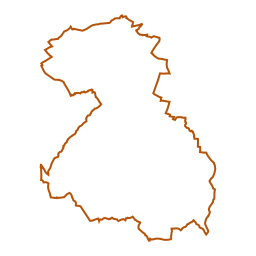 outline of Miercurea Sibiului, Sibiu, Romania
{"feature_id": "2599482B78726176605362", "entity_name": "Miercurea Sibiului", "entity_type": "district", "adm_level": 2, "iso_a3": "ROU", "parent_name": "Romania", "parent_adm1": "Sibiu", "projection": "albers", "projection_center": [23.786, 45.868], "detail": "fine", "context": "isolated", "style": "outline", "palette": "amber", "viewbox_px": 256, "rotation_deg": 0, "n_neighbors": 0, "source": "geoboundaries", "source_scale": "gbopen_adm2", "svg_char_len": 5704}
<svg xmlns="http://www.w3.org/2000/svg" viewBox="0 0 256 256"><path d="M196.2,223.9L198.6,225.1L199.3,226.0L199.4,227.1L199.6,227.3L200.8,228.1L202.8,228.7L203.2,229.6L204.1,230.6L204.2,231.3L204.9,232.6L206.2,234.5L208.1,231.9L208.2,231.2L208.1,230.4L206.6,227.5L206.2,226.5L205.4,224.9L205.1,223.5L205.1,222.5L206.2,218.8L207.0,217.5L208.2,216.4L208.2,215.7L208.7,215.5L209.9,212.3L209.7,211.7L208.9,210.1L209.0,208.7L209.8,206.5L211.0,205.0L212.9,202.1L213.3,199.8L214.0,199.1L214.4,197.9L214.4,193.0L214.9,189.6L214.8,189.2L213.2,188.6L212.2,185.6L211.4,184.7L209.7,181.6L209.5,181.0L210.0,180.2L210.9,179.0L211.1,178.4L211.7,178.1L213.0,176.7L214.3,173.5L215.3,169.1L214.8,165.3L214.4,164.3L213.9,163.8L214.1,163.0L211.6,160.8L210.4,159.4L207.7,155.6L206.9,154.2L206.3,152.6L203.2,152.6L200.0,152.1L200.2,150.2L200.1,147.0L197.9,146.7L198.0,142.7L198.0,139.4L197.9,138.9L194.4,138.7L194.0,136.4L194.3,136.3L194.2,135.6L193.0,132.0L192.7,132.2L191.7,130.7L190.6,131.3L189.6,130.6L189.2,129.9L189.1,129.0L188.6,128.5L188.4,128.1L187.4,127.7L186.9,127.9L185.1,126.2L185.1,124.8L185.9,124.0L186.1,123.0L185.8,122.4L185.3,122.0L185.5,121.4L185.1,120.8L185.1,120.4L185.6,119.3L185.3,118.8L185.4,117.7L183.3,117.8L182.4,117.4L181.7,117.5L180.9,117.1L177.8,117.2L176.5,117.5L175.0,119.9L172.9,119.1L174.0,117.0L169.7,116.3L170.1,114.9L170.0,114.6L165.7,113.2L167.4,109.2L168.2,106.6L169.5,101.9L162.6,100.6L160.7,100.8L160.9,100.1L161.0,99.1L160.8,98.7L160.9,97.8L161.2,97.5L158.8,96.7L154.0,94.0L153.3,93.3L158.1,79.8L160.0,73.4L164.2,73.7L166.2,73.4L169.6,73.5L167.9,69.2L167.6,68.8L167.0,67.6L166.6,63.8L166.8,63.2L166.7,62.7L167.1,60.1L162.0,59.0L158.6,58.6L156.9,57.8L154.9,56.3L153.3,55.0L153.2,54.5L151.4,53.1L152.5,50.8L154.3,48.0L157.8,43.0L159.2,41.4L159.7,38.9L159.3,37.7L158.1,37.6L157.1,37.1L153.8,36.2L151.3,37.6L150.0,36.9L146.6,36.2L147.1,34.7L142.6,35.2L142.3,34.8L139.8,34.6L139.7,34.3L138.2,33.4L137.7,32.5L136.6,31.3L136.5,31.1L136.8,30.7L136.4,30.2L138.6,28.9L139.5,27.2L140.7,26.1L141.8,24.8L142.0,24.4L141.8,24.0L138.7,25.1L131.9,26.6L131.9,26.1L132.5,24.8L133.1,22.1L129.1,19.9L126.5,18.0L126.3,17.9L126.5,17.5L126.2,17.1L126.2,16.5L125.4,16.3L122.6,17.2L122.3,15.6L122.0,15.4L120.6,16.3L119.6,18.4L117.2,18.2L115.1,18.4L112.6,20.1L111.4,20.6L110.3,22.4L109.4,22.9L102.3,23.6L100.5,23.6L97.9,24.4L96.3,24.4L93.1,25.1L91.2,25.9L86.7,28.9L82.5,30.7L73.7,28.8L73.2,29.4L72.3,29.4L72.0,29.0L70.7,26.7L69.9,28.0L67.8,29.8L66.4,30.6L64.3,31.4L61.1,36.0L58.2,38.3L58.1,38.8L52.9,39.6L51.7,39.5L51.0,39.9L48.4,42.0L52.0,46.5L49.5,47.3L45.0,50.0L47.9,53.5L50.4,55.9L51.2,56.3L51.7,56.9L45.8,60.7L42.8,62.3L41.3,63.4L42.4,65.1L41.3,65.8L41.4,66.2L42.3,67.6L42.6,68.5L43.8,71.0L45.5,73.4L54.3,79.6L59.0,79.9L61.6,80.8L63.6,82.1L64.4,83.8L68.4,90.5L69.9,93.6L70.7,95.8L71.6,95.6L71.7,95.1L72.1,95.4L72.7,95.2L73.3,95.3L73.5,95.1L73.5,94.6L74.8,94.1L74.8,93.9L74.5,93.6L74.8,93.2L75.3,93.2L75.7,93.5L76.4,93.0L77.6,93.0L80.0,93.2L80.3,93.4L80.7,92.9L81.5,92.2L82.3,92.4L83.3,92.0L83.5,91.7L83.8,91.6L84.1,91.6L84.3,92.1L84.7,92.3L85.6,92.4L86.5,91.9L87.9,91.4L88.2,90.7L88.7,90.7L89.4,90.2L90.5,90.2L91.5,89.5L92.3,89.7L92.6,90.0L92.4,91.4L92.5,92.6L93.7,92.1L94.8,92.4L95.8,97.2L96.4,97.4L97.8,99.1L99.5,102.0L101.2,104.2L99.8,105.8L98.3,107.1L96.4,108.3L94.8,108.6L93.9,109.7L93.4,109.9L92.7,110.7L92.0,111.1L91.1,112.5L91.0,113.2L90.3,113.9L90.2,114.6L90.0,115.0L89.5,115.3L88.0,115.5L87.0,116.6L86.7,117.5L86.1,118.4L86.4,119.9L86.3,120.8L86.4,121.4L85.3,121.9L83.3,123.4L82.2,124.8L80.9,125.9L79.4,126.5L79.2,127.1L78.3,128.0L77.7,129.4L77.7,129.8L76.3,130.7L76.1,131.3L76.1,131.9L75.7,132.2L75.6,133.0L75.3,133.5L74.5,134.3L72.5,135.3L72.3,135.7L70.1,137.2L67.8,139.4L67.6,140.3L67.1,140.7L66.9,141.8L66.4,142.5L65.8,142.8L64.6,144.3L64.4,145.0L64.1,145.4L63.4,145.9L63.7,146.5L63.1,147.5L63.4,148.2L62.5,149.4L61.6,151.3L61.2,151.6L59.6,152.1L59.4,152.5L58.3,153.5L58.2,154.4L58.5,155.0L58.2,156.7L54.6,158.1L54.1,158.7L53.2,160.6L52.0,162.8L51.3,164.4L51.2,165.3L50.0,168.4L48.6,170.4L48.1,172.1L48.5,173.9L48.4,174.8L46.5,173.3L45.3,171.7L44.1,169.4L41.2,165.0L40.9,164.9L40.7,167.5L40.8,167.8L41.2,167.9L41.3,168.6L41.1,170.2L41.3,172.9L41.3,177.6L41.1,180.0L41.9,180.1L42.6,180.6L43.3,181.6L43.5,182.4L46.1,182.2L47.8,182.9L48.5,183.4L48.1,186.0L48.1,187.6L48.6,190.0L49.8,193.1L50.8,197.4L56.6,198.1L56.7,197.5L58.6,197.9L64.1,197.2L67.0,194.2L69.5,192.9L70.7,193.9L71.3,194.7L72.0,196.5L72.1,197.3L73.1,199.1L73.2,199.9L73.5,200.5L75.2,201.5L75.6,202.0L76.0,203.2L75.8,205.4L76.5,205.7L78.4,205.8L80.1,206.1L80.5,206.3L90.1,220.8L90.9,220.9L92.7,220.5L96.8,218.9L98.4,218.6L99.1,221.2L99.5,220.3L100.4,219.5L101.9,219.7L103.6,218.3L105.0,218.0L108.8,219.2L109.2,218.9L110.1,219.0L110.5,218.4L111.6,218.3L112.1,217.7L113.7,218.9L117.0,219.4L117.6,220.4L118.6,221.0L121.0,219.7L123.0,219.2L123.5,219.2L125.4,220.3L126.0,218.3L127.1,218.2L127.5,217.8L128.9,218.1L130.0,217.9L132.0,217.2L132.7,216.7L135.1,219.8L135.5,219.8L137.0,221.1L140.2,222.5L139.6,223.8L138.7,225.3L138.4,228.0L139.2,229.3L142.0,231.7L142.6,232.4L143.3,232.7L145.0,234.1L145.3,234.6L145.3,235.4L146.1,235.6L146.9,236.3L147.6,237.9L147.7,238.7L148.5,239.5L148.8,240.6L149.7,240.6L149.7,239.0L150.0,238.6L151.3,239.5L153.0,239.4L155.7,238.7L158.3,238.6L160.6,238.9L163.1,239.6L165.9,239.9L168.6,239.7L171.0,239.1L171.2,238.4L171.1,235.9L171.4,234.8L171.5,232.8L171.9,231.4L171.6,228.6L174.4,228.6L175.7,228.3L178.2,228.6L179.8,229.3L180.7,230.3L181.7,229.6L182.2,228.5L182.5,228.1L184.1,227.2L185.6,226.8L186.8,225.3L187.2,224.4L187.7,224.1L188.6,224.0L189.2,223.3L191.5,222.0L192.2,221.8L193.5,220.2L193.9,220.4L194.4,221.3L195.4,222.1L195.9,222.9L196.2,223.9Z" fill="none" stroke="#b45309" stroke-width="2"/></svg>